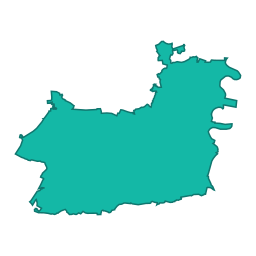 Somes-Odorhei, Salaj, Romania
{"feature_id": "2599482B11823092224624", "entity_name": "Somes-Odorhei", "entity_type": "district", "adm_level": 2, "iso_a3": "ROU", "parent_name": "Romania", "parent_adm1": "Salaj", "projection": "equal_earth", "projection_center": [23.214, 47.334], "detail": "fine", "context": "isolated", "style": "filled", "palette": "teal", "viewbox_px": 256, "rotation_deg": 0, "n_neighbors": 0, "source": "geoboundaries", "source_scale": "gbopen_adm2", "svg_char_len": 5754}
<svg xmlns="http://www.w3.org/2000/svg" viewBox="0 0 256 256"><path d="M37.0,205.7L41.5,208.2L40.3,210.1L39.0,211.3L37.8,210.1L37.1,209.9L37.2,209.6L36.8,209.3L37.0,208.9L36.7,208.6L35.5,208.5L35.5,208.9L34.5,209.5L34.6,211.2L38.5,212.7L43.8,212.8L47.9,213.3L51.1,214.1L52.4,213.8L54.6,214.4L56.2,213.8L56.9,213.1L58.0,213.2L58.5,212.6L61.3,210.8L65.2,209.4L66.6,210.9L66.8,212.1L68.1,213.0L69.4,214.5L71.7,214.4L73.4,213.8L75.5,214.4L76.5,214.4L78.7,212.9L80.7,213.8L83.0,211.4L85.4,212.9L87.4,213.3L95.9,213.2L97.1,213.4L97.3,214.6L100.8,214.5L100.8,213.9L101.6,210.9L102.3,210.4L103.0,210.2L103.7,210.9L104.6,210.8L108.2,212.0L108.3,212.3L109.0,212.7L110.3,212.4L111.2,211.6L111.7,210.4L114.7,209.7L114.7,209.1L116.9,206.3L119.0,204.5L121.8,204.1L123.9,203.1L125.1,203.0L130.4,203.6L130.8,203.0L132.2,203.8L138.2,204.7L145.9,203.4L149.7,203.3L150.6,203.1L151.3,201.8L152.2,201.4L155.0,202.4L157.2,202.6L157.4,202.8L156.8,204.8L157.7,204.2L159.0,204.0L159.9,202.9L163.1,202.9L164.7,202.4L164.8,201.6L165.2,201.1L170.2,202.4L172.6,202.2L173.2,201.7L174.8,201.5L175.0,200.8L176.2,200.5L176.4,200.0L178.6,200.2L179.5,199.6L181.2,199.2L181.4,198.3L180.8,197.8L180.8,197.2L190.4,195.5L191.4,195.8L193.7,194.5L198.7,194.3L201.4,195.7L203.9,194.7L204.4,194.0L205.5,194.2L207.0,187.7L207.5,187.4L210.1,187.6L211.2,188.0L213.4,189.7L214.2,190.0L212.7,186.5L211.1,184.8L210.8,183.5L208.5,178.5L208.4,176.4L207.3,176.0L208.2,174.1L211.8,161.0L213.3,158.4L215.5,155.6L217.5,153.8L216.2,152.7L218.0,151.7L217.7,149.6L218.0,149.3L217.3,147.1L216.7,146.4L213.0,143.4L214.2,142.7L214.8,140.4L211.6,138.7L210.3,136.6L208.7,133.1L208.3,131.4L209.6,129.3L211.2,128.1L212.7,127.5L215.3,127.6L220.4,129.2L226.3,129.2L229.8,128.5L231.2,127.2L231.8,126.2L232.0,124.5L232.0,123.8L225.1,124.4L220.1,123.4L214.9,123.1L215.0,122.2L213.1,122.0L211.4,121.4L212.4,118.0L211.8,116.3L211.3,114.1L211.7,113.9L211.6,113.2L212.8,110.6L214.0,109.3L215.7,108.2L218.2,107.3L220.5,107.3L222.2,108.1L222.7,108.8L223.3,108.5L223.5,107.4L223.4,105.1L224.3,105.0L236.0,107.2L236.7,100.6L224.8,98.1L225.6,95.1L225.4,93.5L223.5,89.9L220.2,86.9L219.8,85.6L220.1,81.8L220.8,80.0L225.4,76.3L226.8,76.0L228.8,76.0L231.6,77.3L232.8,78.6L234.4,79.5L236.8,79.6L238.6,79.0L240.2,77.9L240.6,75.4L238.5,72.1L237.2,70.8L229.3,67.3L227.0,65.5L225.9,64.1L225.3,62.8L225.6,61.2L226.1,59.7L227.3,58.1L224.6,57.9L224.5,60.4L214.2,60.3L211.6,60.0L211.1,60.4L211.0,61.1L210.3,62.1L208.4,62.3L205.1,62.1L205.6,60.8L199.8,58.8L198.0,62.2L197.1,62.1L197.3,61.4L196.9,60.8L197.4,59.9L197.2,59.1L197.8,58.5L197.9,58.0L197.3,57.3L196.6,57.1L196.3,56.4L194.8,57.0L193.0,56.8L192.1,57.4L190.1,57.3L190.1,58.2L188.9,59.3L184.5,61.6L181.5,62.4L177.1,61.7L174.8,62.5L172.8,62.5L171.9,63.3L170.9,63.1L170.6,62.9L170.8,61.9L170.7,60.3L169.5,59.1L170.3,55.9L171.0,55.3L171.0,54.7L172.1,55.0L173.0,53.5L172.5,50.4L172.8,50.0L172.8,49.6L174.0,50.5L176.5,49.9L177.3,50.0L177.6,50.6L177.6,52.7L178.2,52.8L178.5,53.3L180.2,53.6L180.9,52.5L181.4,52.2L181.4,51.5L181.6,51.2L183.8,51.3L184.5,50.9L184.7,49.6L184.4,49.1L183.9,46.9L184.7,45.5L184.2,44.6L183.7,44.6L183.7,45.3L172.9,49.0L171.8,47.0L172.2,43.9L172.0,43.3L171.3,43.8L168.4,44.1L165.8,43.3L163.8,41.9L163.5,41.4L161.6,41.5L158.7,44.3L155.7,45.5L156.4,48.4L157.1,49.6L157.3,50.7L156.7,51.3L159.9,55.6L159.0,56.0L158.8,57.2L158.2,57.6L158.1,60.1L158.3,60.6L162.3,60.4L162.9,63.9L167.3,65.1L166.8,67.9L165.9,68.5L165.1,68.1L163.5,68.9L162.1,70.2L161.8,71.0L161.8,71.9L160.0,73.5L159.6,74.1L158.3,73.7L157.6,74.7L157.2,74.7L157.8,77.0L159.0,77.1L159.3,78.9L160.1,79.1L160.5,79.7L160.2,80.3L160.0,82.1L161.3,87.2L158.0,87.4L157.7,86.8L156.0,86.3L155.7,85.8L155.9,85.7L155.3,85.5L155.0,84.8L155.6,84.3L154.2,84.1L153.3,84.9L153.6,85.4L153.7,86.2L152.0,88.6L152.5,88.7L151.9,89.5L150.7,89.5L150.4,90.0L150.5,90.4L151.6,90.5L151.8,91.0L152.6,91.0L152.8,91.5L154.5,91.1L156.3,91.2L156.3,91.8L156.6,92.1L155.7,92.5L155.4,93.4L155.6,94.1L154.6,96.2L154.3,97.7L153.5,98.8L153.3,99.9L152.5,101.0L152.9,101.4L152.4,102.9L151.8,103.0L151.5,103.4L151.4,104.2L151.6,104.8L151.0,107.2L149.4,106.3L148.6,105.0L147.2,104.3L144.7,106.5L143.2,107.3L141.3,107.3L139.1,108.7L135.7,109.2L135.2,110.0L133.8,110.5L134.5,114.0L133.1,113.6L133.1,112.5L130.8,112.7L127.5,111.8L122.8,110.1L120.8,109.8L119.2,113.3L117.9,113.1L116.8,115.8L111.7,113.4L106.9,113.0L101.4,113.3L101.2,111.2L100.4,108.7L97.0,108.8L96.7,109.5L85.9,110.1L72.2,109.2L73.5,107.6L74.0,105.8L73.6,105.8L73.0,105.0L70.1,102.8L65.6,100.7L65.3,100.6L65.4,100.1L64.1,99.3L63.4,99.3L62.2,98.1L61.6,96.9L62.4,95.8L62.0,94.9L62.3,94.8L62.0,94.3L60.8,94.9L59.8,94.9L59.7,93.4L56.5,91.7L51.3,91.3L51.8,97.2L51.7,99.7L50.8,100.5L47.4,100.7L47.6,103.3L50.0,103.2L50.4,102.6L52.2,102.2L52.0,103.2L51.2,103.5L52.1,104.9L52.0,104.5L53.3,104.1L53.0,105.8L53.3,105.6L53.4,104.5L54.1,104.4L54.2,105.9L53.0,106.0L52.9,106.5L53.0,106.7L54.1,106.4L54.2,107.1L53.3,107.5L55.0,108.6L54.9,108.1L55.8,107.7L56.5,108.7L55.9,109.3L54.9,109.0L53.5,109.2L51.7,108.4L50.8,108.6L50.6,111.0L49.0,111.0L48.8,112.0L46.9,114.7L44.0,118.6L43.2,118.7L43.6,119.1L42.0,121.8L36.7,128.3L33.2,131.3L23.4,137.4L22.3,137.4L22.1,136.4L22.6,136.3L21.7,135.1L21.0,135.3L20.8,134.8L20.2,135.0L19.6,137.3L20.2,137.9L21.4,137.5L22.6,140.2L20.6,145.9L15.4,154.0L21.7,157.4L23.7,158.0L25.0,158.8L27.5,159.5L28.1,160.2L30.5,160.6L31.2,159.9L31.8,159.9L37.5,161.3L40.2,161.1L41.3,161.9L44.0,162.3L45.0,163.0L45.2,164.1L46.7,167.2L46.9,168.3L46.5,169.4L42.4,173.3L42.1,174.5L41.2,175.5L40.6,177.1L43.6,178.5L43.7,179.0L42.9,179.9L40.5,185.1L38.5,188.8L40.5,188.3L41.7,187.6L44.6,187.9L42.9,188.1L42.4,188.7L41.2,189.0L39.9,190.5L37.2,191.3L30.9,200.8L29.7,201.8L31.6,203.8L32.5,205.2L35.8,199.7L36.3,199.4L37.2,203.0L37.0,205.7Z" fill="#14b8a6" stroke="#0f766e" stroke-width="1.5"/></svg>